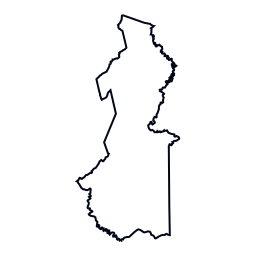 the district of Arizona, Atlántida, Honduras
{"feature_id": "27666195B1306465468635", "entity_name": "Arizona", "entity_type": "district", "adm_level": 2, "iso_a3": "HND", "parent_name": "Honduras", "parent_adm1": "Atlántida", "projection": "orthographic", "projection_center": [-87.352, 15.642], "detail": "fine", "context": "isolated", "style": "outline", "palette": "ink", "viewbox_px": 256, "rotation_deg": 0, "n_neighbors": 0, "source": "geoboundaries", "source_scale": "gbopen_adm2", "svg_char_len": 5807}
<svg xmlns="http://www.w3.org/2000/svg" viewBox="0 0 256 256"><path d="M150.7,24.6L150.1,23.9L144.3,22.8L123.3,15.4L122.4,15.4L121.9,15.8L121.6,19.8L120.7,21.2L120.4,22.5L118.0,25.0L118.5,25.6L118.3,27.3L119.3,28.9L120.3,29.2L121.0,30.0L122.1,30.6L122.5,31.1L126.4,47.4L126.3,47.9L124.8,49.4L123.2,50.1L122.0,51.1L120.2,51.9L119.9,52.6L119.2,52.8L119.2,53.1L119.5,53.6L118.9,54.4L119.2,55.0L119.0,56.0L119.3,56.8L118.9,57.5L117.3,58.6L116.3,58.4L113.4,59.6L112.6,59.5L112.6,60.4L111.7,61.5L111.3,61.8L110.9,61.5L110.6,61.6L110.5,61.9L110.8,62.4L110.7,63.7L109.5,64.5L109.4,65.8L108.9,67.2L106.6,71.6L102.2,73.8L100.9,75.1L99.8,75.6L99.2,76.5L96.4,79.2L99.5,92.5L100.1,93.9L100.0,95.3L100.4,96.0L101.2,98.8L101.9,99.8L102.6,99.1L104.5,98.4L106.3,97.3L107.3,95.4L107.6,93.8L108.1,92.6L110.5,90.2L115.9,113.7L104.1,142.3L107.6,152.3L108.0,153.3L108.8,153.7L108.5,154.2L108.0,156.1L107.4,156.7L105.6,157.4L105.1,159.2L104.1,160.0L103.5,161.1L102.6,161.1L101.2,160.0L99.5,161.5L98.7,163.6L95.8,167.8L93.7,168.8L93.0,169.8L91.5,171.2L92.1,172.1L91.7,172.8L91.2,173.1L90.3,173.0L89.7,173.2L87.4,174.9L85.9,175.1L84.2,177.4L83.3,177.6L82.0,178.9L81.2,178.9L80.6,178.0L79.7,177.8L79.3,178.2L78.5,180.0L76.8,181.3L77.8,181.7L78.2,183.0L79.4,184.4L81.2,187.7L83.3,189.4L84.1,189.3L85.9,190.0L87.0,190.2L88.0,189.9L89.9,188.5L90.2,188.5L90.7,189.1L90.4,192.2L90.4,193.1L89.3,194.0L90.7,195.6L90.8,196.1L90.4,196.7L89.1,196.6L88.9,196.8L90.2,197.9L90.4,198.5L89.7,199.1L88.0,200.1L87.6,200.6L87.7,201.2L88.5,202.1L88.8,202.7L88.7,204.4L87.7,206.5L87.6,207.5L87.7,208.0L88.1,208.3L89.9,208.3L90.0,208.5L89.7,209.5L89.8,209.8L90.4,210.3L91.7,210.7L92.4,211.5L92.2,211.8L91.5,211.9L90.6,212.7L89.9,213.0L89.6,213.9L88.8,214.2L88.9,214.6L89.9,215.4L91.1,215.9L94.1,216.4L95.4,217.4L96.0,220.6L97.1,221.5L97.4,221.9L97.1,223.5L97.3,224.4L96.9,224.9L96.8,226.4L97.4,226.8L97.7,226.8L98.0,226.4L98.2,225.3L98.6,224.9L98.9,225.0L99.4,226.0L99.0,227.3L99.2,228.0L100.0,228.7L100.6,229.1L101.0,229.1L101.2,228.0L101.9,227.5L102.5,228.4L103.6,228.3L103.6,228.8L103.2,230.1L103.6,230.9L104.4,230.4L105.5,230.7L105.2,229.8L105.9,229.0L106.9,229.5L107.3,230.2L109.2,230.5L109.4,231.3L107.8,231.7L107.3,232.9L107.5,233.1L108.4,233.2L108.7,232.7L109.6,232.3L109.8,232.9L109.4,233.3L109.3,234.0L109.7,234.7L109.9,234.6L109.9,233.7L110.9,233.4L111.9,232.5L112.9,232.4L113.9,232.8L114.2,233.2L114.3,233.6L114.0,234.5L113.1,235.3L113.2,236.6L113.6,236.6L113.9,236.1L114.3,236.4L115.7,235.4L116.0,235.4L116.5,236.3L115.8,236.9L116.4,237.3L117.1,238.2L116.9,238.9L117.3,239.1L117.3,239.4L117.5,239.6L118.6,238.6L119.6,239.2L119.7,239.4L119.2,240.1L119.5,240.5L120.1,240.0L121.4,240.6L121.4,240.0L121.8,239.3L122.3,239.1L123.1,239.4L123.6,238.4L124.9,237.5L127.1,237.0L128.7,237.0L129.3,236.8L134.4,232.1L137.1,230.0L138.3,229.4L140.2,229.9L143.8,232.3L145.0,232.3L147.9,231.4L148.9,231.5L149.9,231.8L150.4,232.3L151.3,234.8L153.4,235.6L154.3,236.8L154.9,238.1L155.3,238.4L156.2,238.2L158.6,236.6L161.5,235.2L162.5,235.0L164.5,235.1L166.1,233.9L166.7,233.9L168.0,234.8L169.8,235.1L169.3,205.9L168.8,146.0L169.2,145.6L169.4,144.5L169.6,144.2L170.6,144.5L171.2,145.2L171.7,144.9L172.1,144.4L172.1,143.7L172.9,143.3L172.4,142.2L173.3,142.1L173.7,141.1L174.5,140.9L176.1,140.8L177.1,140.3L179.1,138.9L179.2,138.2L178.7,137.2L176.6,136.0L175.2,136.6L174.6,136.5L174.3,136.1L174.5,134.8L174.3,134.4L171.4,133.9L168.4,132.7L167.0,130.4L166.3,130.8L165.5,130.6L164.6,130.8L164.2,130.3L164.0,130.7L163.5,131.0L163.5,131.4L161.6,131.7L161.4,132.0L160.6,132.3L160.2,132.2L160.1,131.5L159.8,131.4L158.7,131.6L158.2,132.1L157.9,132.2L157.2,131.2L156.7,132.2L154.6,132.2L154.1,131.7L153.7,130.8L152.9,130.3L152.1,129.9L151.3,130.3L150.7,130.3L149.2,128.9L148.4,126.8L148.2,125.4L148.5,124.9L149.7,124.1L150.1,123.1L150.3,122.2L151.0,121.8L151.3,121.8L151.6,122.1L152.1,124.2L152.5,124.5L154.8,122.8L154.9,122.4L154.7,121.9L153.2,120.3L153.7,118.4L154.2,117.3L154.7,116.9L155.3,116.9L156.1,117.5L156.6,117.2L156.6,114.5L157.6,112.8L158.9,109.1L158.9,106.5L159.2,105.6L159.5,105.0L160.6,104.3L160.4,103.2L160.6,102.7L161.3,102.4L162.4,102.9L163.2,102.2L163.0,100.2L163.7,97.6L162.8,96.1L162.7,95.3L162.9,94.8L163.9,94.2L164.1,93.8L161.7,91.9L160.1,91.3L159.7,90.5L159.7,89.7L160.2,89.5L161.9,89.6L162.4,88.9L162.6,87.9L163.0,87.5L164.9,87.6L166.4,85.1L167.5,84.3L167.6,83.5L166.4,82.9L166.0,82.2L165.8,81.7L166.1,81.2L167.0,81.1L168.1,81.6L168.8,82.2L169.3,82.2L169.7,81.5L168.8,80.4L169.3,79.8L169.9,79.5L170.3,79.7L170.6,81.0L171.2,81.4L171.6,81.3L172.6,78.7L172.5,77.6L171.5,77.7L170.0,78.5L169.5,78.3L169.4,77.7L170.7,76.7L171.2,75.9L171.6,74.3L171.9,74.0L172.5,73.9L172.8,74.1L172.1,75.4L172.3,76.1L173.1,76.1L174.1,75.1L174.1,73.6L172.9,72.3L172.7,71.7L172.9,71.1L174.0,70.5L174.1,69.7L174.0,69.3L173.0,68.4L172.9,67.8L173.3,67.3L174.6,67.2L175.1,66.2L176.1,66.1L176.4,65.8L176.0,65.5L174.9,65.7L173.0,66.8L172.3,66.8L171.8,64.6L171.9,64.1L172.6,64.1L174.1,65.0L174.6,65.0L174.8,64.7L174.0,63.0L172.6,62.0L171.8,61.1L171.7,58.8L171.2,58.7L169.9,59.8L169.0,60.0L168.5,59.3L168.8,57.7L168.5,57.2L168.1,57.1L167.7,57.3L167.6,58.6L167.3,58.7L167.1,58.4L167.0,57.1L167.8,56.3L167.8,55.9L167.5,55.8L166.6,56.1L164.6,56.2L164.6,55.6L165.4,54.9L164.5,53.5L162.8,53.7L162.1,53.4L162.2,52.5L160.8,52.0L160.9,51.5L161.9,51.3L161.0,50.4L162.3,49.1L162.0,47.8L162.0,46.7L160.5,46.1L159.7,45.0L159.3,44.7L158.7,45.2L157.9,45.3L156.6,45.0L156.7,46.3L155.9,46.4L155.7,46.1L156.0,45.1L154.9,44.7L154.4,44.2L155.3,43.5L155.3,43.2L154.9,42.8L153.7,42.9L153.0,40.3L153.1,39.7L153.8,39.0L153.6,38.1L153.1,37.9L153.1,37.4L152.8,37.0L153.1,36.3L153.8,36.3L153.7,35.6L153.4,35.2L152.4,35.3L151.5,34.3L150.8,34.4L151.5,31.9L151.3,30.9L151.6,29.7L151.5,29.1L150.8,28.3L152.5,27.2L153.9,26.0L152.7,25.7L151.3,24.9L150.7,24.6Z" fill="none" stroke="#020617" stroke-width="2"/></svg>